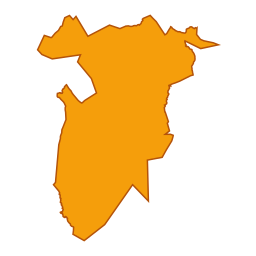 the district of Atlamajalcingo del Monte, Guerrero, Mexico
{"feature_id": "50627088B9042251287678", "entity_name": "Atlamajalcingo del Monte", "entity_type": "district", "adm_level": 2, "iso_a3": "MEX", "parent_name": "Mexico", "parent_adm1": "Guerrero", "projection": "robinson", "projection_center": [-98.589, 17.26], "detail": "fine", "context": "isolated", "style": "filled", "palette": "amber", "viewbox_px": 256, "rotation_deg": 0, "n_neighbors": 0, "source": "geoboundaries", "source_scale": "gbopen_adm2", "svg_char_len": 5184}
<svg xmlns="http://www.w3.org/2000/svg" viewBox="0 0 256 256"><path d="M197.0,27.7L196.6,28.0L196.2,28.1L195.3,27.7L195.0,28.0L194.6,28.4L194.5,28.6L194.3,28.6L192.9,27.8L192.6,27.6L192.2,27.2L191.4,26.8L190.3,26.9L189.9,27.1L189.7,27.3L189.4,27.7L188.7,28.3L187.8,28.5L187.3,28.8L186.5,29.1L186.4,29.3L186.3,29.6L186.3,30.3L186.3,31.0L186.2,31.6L185.9,32.2L185.6,32.5L185.2,33.0L184.6,33.1L181.8,32.6L181.1,32.4L180.1,31.8L179.8,31.7L179.5,31.7L178.2,31.7L177.8,31.7L176.3,30.9L175.3,30.6L175.2,30.5L175.1,30.2L174.8,29.9L174.4,29.6L174.0,29.5L173.5,29.2L173.1,28.9L172.5,28.5L172.2,28.2L171.9,27.5L171.7,27.3L170.7,26.7L170.5,27.1L170.4,27.6L169.8,28.5L169.3,29.2L166.7,33.6L164.9,34.8L156.2,21.6L152.8,18.2L150.2,15.4L143.2,18.4L143.0,18.7L142.9,18.8L142.6,19.0L142.4,19.2L142.4,19.4L142.5,19.6L142.8,20.1L142.8,20.4L142.8,20.6L142.2,21.2L141.8,21.6L141.5,21.9L141.4,22.4L141.2,23.1L141.1,23.4L140.8,23.8L140.4,24.0L139.8,24.7L139.4,25.0L139.2,24.7L138.7,24.6L138.1,24.7L137.6,24.9L136.9,25.4L136.3,25.8L136.0,25.8L135.5,25.6L135.0,25.5L134.4,25.6L133.6,25.7L132.7,26.2L131.8,26.4L130.7,26.4L129.9,26.3L128.5,25.9L127.9,25.9L126.7,26.1L126.4,26.1L126.1,26.0L119.9,28.6L109.5,25.1L87.9,36.3L76.0,16.4L73.1,19.6L69.5,15.5L64.8,17.7L63.2,22.2L62.3,25.8L62.0,26.1L60.7,26.5L58.5,30.4L55.2,33.2L51.7,37.4L51.0,37.6L44.3,35.4L37.6,49.8L41.9,54.5L52.2,58.9L80.5,54.8L77.6,61.9L91.4,78.6L96.5,93.0L85.0,100.3L83.9,101.2L83.5,101.7L82.9,102.2L81.9,103.0L81.4,102.9L80.6,102.4L79.5,101.6L78.0,100.3L75.8,97.6L73.5,94.9L72.2,93.2L70.9,90.7L69.4,89.2L68.4,87.8L66.5,84.7L66.3,84.8L65.9,85.2L65.4,85.8L65.3,86.0L64.8,86.3L64.5,86.8L64.4,87.1L64.5,87.3L64.5,87.6L64.5,87.8L64.4,87.9L64.1,88.1L63.7,88.5L63.3,88.7L63.2,89.2L63.0,89.3L62.7,89.3L62.2,90.4L62.1,90.7L62.2,90.9L62.4,91.3L62.5,91.6L62.4,91.8L62.4,92.1L62.3,92.3L62.5,92.6L62.0,92.9L62.0,93.0L62.1,93.3L61.9,93.4L61.5,93.2L61.2,93.2L60.9,93.3L60.7,93.3L60.6,93.1L60.5,92.9L60.3,92.8L60.1,92.7L59.6,92.7L59.3,92.8L58.9,93.1L57.4,93.4L57.2,94.9L57.2,95.8L57.3,96.6L57.7,97.1L58.5,97.4L59.2,97.5L59.8,98.0L60.9,99.4L62.6,101.0L63.7,102.2L64.3,103.2L65.1,105.0L65.4,105.4L65.6,105.9L65.6,106.5L65.3,107.3L65.2,107.7L65.2,108.5L65.2,109.6L65.3,110.6L65.6,112.1L66.0,119.6L64.1,124.4L62.6,128.2L62.0,129.4L61.8,130.9L61.8,132.1L61.6,133.2L60.7,135.4L60.4,136.6L60.4,137.7L60.4,138.6L58.8,144.7L55.5,182.4L53.5,184.7L58.8,191.1L59.7,193.0L59.6,193.3L59.3,193.8L59.2,194.0L59.3,194.5L59.5,194.6L59.9,194.7L59.9,194.8L60.2,195.4L60.2,195.7L60.1,196.1L60.1,196.7L60.1,196.8L60.2,197.0L60.0,197.5L60.0,197.8L60.1,198.0L60.8,198.3L60.9,198.5L60.7,198.9L60.6,199.1L60.7,199.4L60.7,199.7L60.8,200.2L60.7,200.3L60.7,200.8L60.5,201.2L60.5,201.6L60.4,202.5L60.5,202.6L60.9,202.7L61.0,202.9L61.3,202.9L61.4,203.0L61.4,203.3L61.7,204.1L61.6,204.5L61.3,204.7L61.3,204.8L61.6,205.0L62.0,205.8L62.2,206.1L62.4,206.4L62.4,206.7L62.7,207.4L62.7,207.5L62.2,208.2L62.2,208.4L62.3,208.5L62.8,208.7L62.9,208.8L63.2,209.4L63.0,210.1L62.8,210.3L62.7,210.8L62.6,211.2L62.3,211.4L62.0,211.6L61.5,211.9L61.0,212.0L60.7,212.2L60.4,212.2L60.3,212.3L60.5,212.7L60.6,212.9L60.9,212.9L61.0,213.0L61.1,213.3L61.3,213.4L61.8,213.0L62.0,212.9L62.4,213.1L62.5,213.4L62.5,213.7L62.5,214.0L62.7,214.5L62.9,214.7L63.0,215.0L63.0,215.3L63.0,216.2L63.2,216.4L63.3,216.6L63.7,216.7L64.1,217.3L64.4,217.3L64.7,217.0L64.8,217.0L65.0,217.2L65.1,217.4L65.4,217.2L65.5,217.0L65.8,216.6L66.5,217.1L66.6,217.3L66.8,217.5L67.0,217.8L67.0,218.1L67.4,218.3L67.5,218.4L67.5,218.5L67.5,218.8L67.4,219.2L67.3,219.6L67.6,220.4L67.7,221.0L67.9,221.2L68.1,221.6L68.9,222.6L69.2,223.0L70.0,223.6L70.2,223.9L70.4,224.1L70.4,224.5L70.4,224.9L70.5,225.1L71.1,225.7L71.3,226.0L71.5,226.2L72.6,226.6L73.4,226.9L73.6,227.2L73.6,227.4L73.5,228.9L73.5,230.0L73.0,234.3L84.2,240.6L104.7,224.6L132.6,184.7L148.4,201.1L147.4,160.1L162.2,157.3L166.4,149.7L171.7,141.0L172.2,139.5L173.0,136.6L173.2,135.3L170.6,134.3L165.2,134.3L169.5,130.9L167.3,123.2L168.4,121.7L165.2,112.0L164.8,111.9L164.3,107.5L164.6,107.2L165.3,106.0L164.6,105.1L165.1,104.9L166.7,103.7L166.8,102.5L166.4,101.7L166.5,100.4L166.5,99.9L167.1,99.5L166.6,98.5L166.7,98.2L167.0,97.8L167.3,97.6L167.5,97.4L167.7,96.2L168.8,94.2L168.7,93.6L167.8,92.8L168.0,92.2L167.9,91.1L168.7,89.8L168.9,89.2L169.4,88.6L169.5,88.4L169.4,87.8L169.3,87.3L169.6,86.9L168.8,85.7L169.0,85.3L169.3,85.1L169.7,85.2L170.7,85.8L170.6,85.1L170.8,84.5L173.7,83.4L175.0,83.0L179.6,81.2L190.6,75.7L193.1,75.0L192.9,73.7L192.6,72.6L192.4,71.0L192.2,70.3L192.0,70.1L192.0,68.4L192.0,68.2L191.8,67.5L191.7,67.1L191.7,66.4L191.9,65.7L192.5,65.0L193.0,64.1L193.4,63.3L193.5,62.4L193.8,61.6L194.1,61.4L194.5,60.9L194.7,60.5L194.9,60.0L195.0,58.9L195.0,58.4L194.9,57.9L194.9,56.3L194.6,55.3L194.1,54.0L193.4,52.7L193.0,52.3L192.2,51.0L192.1,50.7L192.0,50.3L191.9,50.1L191.9,49.6L191.6,49.4L191.3,49.4L190.5,49.2L190.1,49.1L189.8,48.8L189.5,48.5L189.3,48.2L189.1,47.7L188.2,46.8L187.8,46.6L187.6,46.5L187.1,46.5L186.9,46.6L186.6,46.6L186.3,46.6L186.0,46.4L185.8,46.1L185.6,45.9L186.2,45.1L185.5,44.1L185.2,42.4L184.8,41.9L185.0,40.9L200.7,48.6L218.4,44.8L213.3,42.8L203.9,40.8L200.5,39.4L199.9,38.7L196.6,34.5L197.0,27.7Z" fill="#f59e0b" stroke="#b45309" stroke-width="1.5"/></svg>